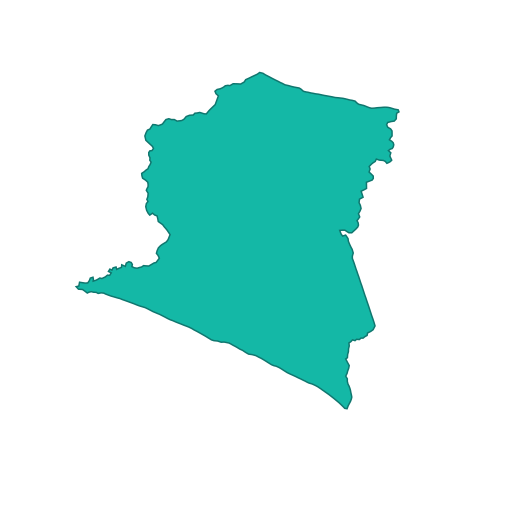 Beberibe, Ceará, Brazil (Albers equal-area conic projection), rotated 162°
{"feature_id": "56859067B34230482126015", "entity_name": "Beberibe", "entity_type": "district", "adm_level": 2, "iso_a3": "BRA", "parent_name": "Brazil", "parent_adm1": "Ceará", "projection": "albers", "projection_center": [-38.102, -4.362], "detail": "fine", "context": "isolated", "style": "filled", "palette": "teal", "viewbox_px": 512, "rotation_deg": 162, "n_neighbors": 0, "source": "geoboundaries", "source_scale": "gbopen_adm2", "svg_char_len": 5510}
<svg xmlns="http://www.w3.org/2000/svg" viewBox="0 0 512 512"><g transform="rotate(162 256 256)"><path d="M339.7,367.6L339.8,365.0L337.6,362.3L336.1,359.6L336.6,357.0L337.3,355.2L338.7,353.9L340.0,352.4L339.2,349.0L340.6,345.7L342.3,343.6L341.9,341.2L344.1,339.7L345.6,337.0L345.9,333.2L345.3,329.8L344.4,327.7L341.2,328.7L339.7,326.3L337.7,324.7L337.9,321.8L338.3,319.0L336.6,316.7L335.1,314.7L334.2,312.0L333.4,310.2L332.5,307.8L331.8,305.3L331.1,302.9L334.5,298.8L336.9,297.1L341.6,296.0L343.7,295.3L346.3,293.9L348.3,291.7L349.9,289.3L349.0,286.9L348.6,283.8L351.2,282.0L353.0,280.7L355.1,280.9L359.2,280.0L361.1,279.6L363.9,280.7L365.9,281.6L368.2,280.9L370.4,281.1L372.8,281.1L375.4,282.4L377.3,284.3L376.2,286.2L376.7,288.4L378.7,289.9L381.6,289.3L383.5,286.5L386.4,289.1L387.5,286.7L390.0,286.7L392.6,286.3L392.5,288.8L395.6,288.9L397.4,287.1L399.0,288.7L401.1,286.9L398.9,284.7L401.2,282.8L403.2,283.7L405.7,282.7L409.5,282.2L411.3,283.3L413.3,282.8L415.5,282.4L418.6,282.4L417.8,284.2L417.6,286.2L420.4,286.2L422.0,284.2L424.3,282.4L426.8,283.0L429.6,284.4L431.9,285.6L433.8,282.2L436.5,282.4L435.1,279.3L431.4,277.8L430.0,276.0L427.9,272.9L426.0,273.2L423.7,273.0L421.8,271.8L419.2,270.8L417.7,269.2L414.6,268.8L412.2,267.7L410.8,266.3L406.4,262.8L404.3,261.4L402.7,260.3L400.5,258.8L398.7,257.7L396.6,255.9L394.9,254.6L392.3,252.6L389.5,250.4L386.7,248.2L384.6,246.4L382.2,244.5L380.0,243.0L377.4,241.2L375.0,238.9L371.1,234.9L369.1,233.2L367.5,231.8L365.7,230.3L363.6,228.2L361.9,226.5L359.2,223.7L357.2,221.8L355.2,220.3L352.4,217.8L349.7,215.6L348.1,214.3L346.0,212.5L343.6,210.6L341.9,209.2L339.4,206.8L337.9,205.0L335.5,202.6L332.8,199.7L330.7,197.4L328.7,195.2L327.2,193.4L325.8,191.8L324.3,190.0L322.2,188.5L318.8,187.0L315.8,184.8L312.9,184.0L308.6,181.6L306.9,179.9L305.3,178.1L303.9,176.7L302.5,175.2L300.1,172.4L297.8,170.3L296.6,168.7L295.2,167.0L293.4,165.0L290.1,163.4L286.9,161.3L284.5,158.8L282.9,157.3L281.3,155.5L279.4,153.3L277.6,151.1L274.8,147.8L272.8,146.1L270.9,145.0L268.3,142.6L266.5,140.5L264.8,138.4L262.4,135.5L259.9,133.1L258.1,131.5L255.4,129.0L254.0,127.6L251.2,125.0L249.3,123.1L247.9,121.8L246.6,120.4L245.0,118.9L242.1,116.9L239.5,114.5L237.7,112.6L235.5,109.8L234.2,108.0L229.4,101.6L226.1,96.7L222.3,90.7L219.7,85.8L218.7,83.7L216.6,82.6L214.6,85.1L211.0,88.6L209.5,90.5L208.5,92.2L208.2,94.4L208.0,96.8L207.7,98.9L207.6,100.9L207.7,103.5L208.1,105.8L207.9,108.6L207.1,111.0L207.8,114.0L205.6,116.3L204.5,118.1L202.6,120.5L201.2,123.0L201.9,126.7L202.5,130.4L200.5,131.0L199.3,134.0L197.7,136.4L196.7,139.1L195.1,141.7L194.5,144.6L192.3,145.2L190.1,146.4L188.0,144.9L186.1,145.7L183.5,144.6L181.5,145.5L179.6,144.8L177.2,145.7L174.9,146.1L173.7,148.3L170.3,148.8L167.4,149.7L164.4,152.7L164.3,155.9L164.3,157.9L164.3,160.2L164.4,163.6L164.4,167.4L164.4,169.9L164.4,173.5L164.5,179.6L164.5,182.3L164.6,185.0L164.6,187.5L164.6,190.2L164.6,192.8L164.6,195.4L164.7,197.8L164.7,201.0L164.7,204.9L164.8,207.6L164.8,210.2L164.9,212.3L164.9,214.4L164.9,216.9L164.9,219.1L165.0,221.6L165.1,224.0L164.4,226.1L162.6,228.8L162.5,232.7L162.9,234.7L163.3,237.7L163.6,241.5L163.1,244.1L163.7,246.3L164.3,248.2L167.5,248.2L168.3,250.8L168.5,254.5L165.9,253.9L163.5,253.1L162.1,251.3L160.5,249.4L157.7,248.5L152.8,250.7L150.3,252.1L149.0,253.7L148.6,256.0L149.0,258.4L147.4,259.5L145.3,261.1L145.5,264.6L143.3,266.5L141.4,268.7L141.1,272.0L141.5,274.9L140.0,278.1L136.0,278.8L136.0,282.7L136.0,285.1L132.0,285.7L130.0,286.1L129.2,288.7L128.2,292.0L124.6,292.2L122.1,292.3L120.5,293.5L119.8,295.8L121.1,298.4L122.5,300.9L120.6,303.5L120.7,306.2L117.6,307.8L115.7,308.5L113.4,309.1L111.6,311.0L109.1,309.1L105.3,307.5L103.8,306.0L102.9,303.7L100.9,303.9L99.0,304.3L97.3,305.2L97.6,307.5L97.8,309.8L95.9,312.5L97.5,315.3L95.4,316.1L93.3,316.1L91.8,317.3L90.6,319.2L90.5,321.2L91.4,323.1L93.2,325.3L91.4,327.0L89.5,328.1L88.6,330.9L88.0,332.9L88.7,335.3L90.9,337.7L91.2,340.5L89.5,342.3L86.0,342.1L82.8,341.6L80.2,343.1L79.2,345.9L78.1,348.3L75.5,348.9L75.6,351.1L78.8,352.8L81.2,354.5L82.8,355.6L84.6,356.6L86.8,357.5L88.9,358.1L91.5,358.7L94.6,359.5L97.8,360.1L100.4,360.8L102.2,361.9L104.1,363.4L105.6,364.7L107.1,365.9L109.4,367.3L111.5,368.6L112.7,370.3L113.9,372.7L116.4,374.3L118.6,375.4L120.6,376.7L122.7,378.0L124.4,379.0L127.0,380.2L129.2,381.2L131.8,382.3L134.5,383.9L138.6,386.1L141.8,387.8L144.2,389.2L146.6,390.6L149.2,391.8L151.1,392.9L153.4,394.1L155.8,395.6L157.8,396.6L160.0,398.0L161.7,400.9L163.0,402.4L165.0,403.5L167.4,404.8L169.9,406.3L172.4,408.0L175.5,409.8L177.7,412.1L179.2,413.4L181.1,415.4L183.0,417.2L185.9,420.1L187.9,422.2L189.4,423.7L191.1,425.4L192.9,427.6L195.8,429.4L198.6,428.5L204.3,427.8L207.7,427.3L211.3,426.9L213.5,425.1L217.5,424.3L220.0,425.3L224.5,426.9L228.2,426.1L230.0,427.0L232.6,427.4L234.4,426.7L236.3,426.3L238.5,426.1L241.5,426.4L244.1,425.4L243.9,422.7L242.3,419.9L248.0,412.6L254.0,409.7L255.9,408.7L257.6,407.6L259.3,406.5L261.3,407.2L265.1,409.9L267.9,410.2L270.0,410.7L272.1,409.5L275.8,410.4L279.3,410.2L282.3,408.3L284.7,407.8L286.6,408.1L289.4,408.7L291.5,411.0L294.3,411.9L296.5,413.5L299.5,413.6L301.8,412.1L304.2,410.4L306.4,410.2L308.6,410.2L311.1,411.9L313.5,412.9L315.7,411.2L317.7,409.5L320.3,409.3L322.3,407.4L324.6,404.5L325.0,400.1L323.9,398.1L322.4,395.4L320.6,392.2L320.3,389.9L322.4,388.4L324.4,388.8L326.0,387.6L326.8,385.1L326.5,382.1L327.4,379.9L326.8,377.7L328.4,375.7L330.3,374.2L331.8,372.3L333.8,371.8L336.3,370.7L339.2,369.9L339.7,367.6Z" fill="#14b8a6" stroke="#0f766e" stroke-width="1.5"/></g></svg>